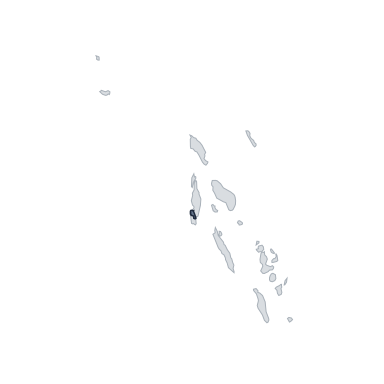 Fataleka, Malaita, Solomon Islands shown in context, rotated 208°
{"feature_id": "97153195B6337807626421", "entity_name": "Fataleka", "entity_type": "district", "adm_level": 2, "iso_a3": "SLB", "parent_name": "Solomon Islands", "parent_adm1": "Malaita", "projection": "natural_earth1", "projection_center": [160.885, -8.602], "detail": "fine", "context": "in_parent", "style": "filled", "palette": "slate", "viewbox_px": 384, "rotation_deg": 208, "n_neighbors": 0, "source": "geoboundaries", "source_scale": "gbopen_adm2", "svg_char_len": 4715}
<svg xmlns="http://www.w3.org/2000/svg" viewBox="0 0 384 384"><g transform="rotate(208 192 192)"><path d="M151.2,193.6L157.1,198.5L159.6,198.1L167.2,198.2L171.7,201.7L174.4,203.3L175.9,206.5L177.7,207.2L178.8,208.8L179.5,211.7L176.7,213.3L175.0,213.7L170.6,212.7L166.3,210.4L157.9,210.2L154.0,209.5L152.6,208.7L151.4,207.5L149.4,204.8L147.9,201.6L147.6,199.7L147.5,196.1L147.9,194.8L149.5,193.5L151.2,193.6ZM177.7,164.1L184.2,173.3L184.0,174.9L183.1,175.9L182.8,179.0L183.6,180.2L185.4,180.7L188.5,184.0L189.8,189.3L191.1,191.1L191.1,194.9L194.0,200.3L194.3,202.8L194.0,204.0L192.8,203.3L189.3,197.3L185.4,194.7L184.9,193.5L180.9,190.0L178.3,184.1L175.4,173.5L176.7,171.0L173.4,165.9L173.6,164.5L175.9,164.8L176.4,164.2L177.7,164.1ZM153.8,168.7L154.7,171.6L151.1,169.0L148.4,165.9L140.7,162.5L139.1,160.7L137.7,160.5L133.7,157.6L129.9,155.7L126.9,152.2L125.5,151.6L123.0,148.9L120.7,147.1L119.8,143.7L117.5,141.5L117.0,140.5L124.3,142.3L127.7,145.9L130.6,148.0L131.6,149.5L134.2,151.5L136.6,151.7L138.9,153.7L141.1,154.3L142.8,155.3L153.7,164.5L152.4,166.9L153.8,168.7ZM203.2,227.8L206.5,229.7L208.4,229.4L211.3,230.6L213.5,229.9L214.8,231.5L218.3,237.8L218.3,239.8L220.5,241.3L218.6,241.5L216.0,240.8L213.9,241.3L211.8,240.1L208.2,239.4L205.1,238.0L198.5,233.4L198.5,231.0L197.5,229.9L197.1,227.1L194.8,226.1L192.0,226.0L191.8,224.6L192.3,222.2L194.4,222.3L196.8,223.3L203.2,227.8ZM91.3,133.9L92.1,135.0L90.1,136.8L87.4,135.8L86.7,134.2L84.8,134.6L81.1,133.7L75.8,129.3L70.3,121.0L65.0,116.4L64.0,115.0L63.8,112.6L64.5,111.7L67.8,112.7L72.1,116.5L79.1,120.4L81.1,122.4L82.3,127.2L83.5,128.7L87.3,132.3L91.3,133.9ZM98.6,161.9L100.3,164.4L102.2,170.0L101.9,171.9L100.5,172.1L100.1,173.3L98.3,170.6L95.8,169.8L94.0,168.1L93.2,162.8L91.8,162.4L87.7,162.9L86.4,164.7L84.6,164.1L84.2,162.5L84.5,161.0L86.9,159.4L87.4,157.4L89.9,154.0L91.4,153.4L94.3,154.6L94.6,159.5L95.7,161.1L98.6,161.9ZM173.1,271.2L171.3,272.3L169.6,271.8L168.3,271.0L167.3,268.6L165.0,267.1L161.8,266.5L160.2,265.0L158.0,264.5L157.3,263.2L157.5,261.9L157.9,261.2L159.9,261.9L169.7,268.1L173.1,271.2ZM70.2,152.1L69.6,152.5L68.8,150.9L68.1,150.3L68.1,148.5L65.5,145.5L65.2,143.4L66.8,141.4L68.9,142.6L70.9,145.1L73.3,145.9L72.9,147.6L70.7,150.7L70.2,152.1ZM83.5,157.0L82.4,158.2L79.5,158.1L77.3,154.9L77.3,152.6L79.0,150.4L81.1,150.0L82.3,150.8L83.3,152.7L83.7,154.9L83.5,157.0ZM107.8,175.5L105.2,177.9L103.3,177.1L101.7,175.0L102.5,171.8L104.0,171.2L104.9,170.1L107.7,171.0L108.4,171.6L106.7,173.1L107.7,174.3L107.8,175.5ZM319.8,239.2L315.4,239.9L313.7,242.1L311.5,241.9L310.8,240.1L310.8,239.2L312.0,239.3L312.6,237.6L313.9,236.7L316.9,236.3L320.6,237.3L319.7,238.9L319.8,239.2ZM198.8,204.4L198.9,208.9L196.9,206.4L196.0,207.3L195.1,206.1L195.3,201.0L193.9,196.1L195.0,196.5L198.8,204.4ZM88.8,176.4L88.8,176.8L87.3,176.0L84.1,171.8L84.6,170.4L87.6,167.7L88.5,167.4L89.3,169.1L88.6,171.5L87.6,172.1L87.3,174.5L88.8,176.4ZM162.3,185.1L164.5,185.4L168.6,189.5L167.7,190.8L165.8,190.1L165.1,190.4L164.5,189.0L162.5,187.8L160.6,187.7L160.4,186.2L162.3,185.1ZM136.4,189.0L133.3,188.6L132.4,187.5L133.4,186.0L134.8,185.0L136.0,185.9L137.4,186.1L137.6,188.1L136.4,189.0ZM47.6,126.7L45.0,127.4L43.3,126.5L44.1,124.1L44.9,122.9L48.3,125.1L47.6,126.7ZM149.6,170.1L148.3,170.5L146.4,169.4L145.6,168.3L146.0,166.7L147.1,166.1L148.3,167.2L148.5,168.3L149.6,170.1ZM340.7,267.2L338.3,267.6L337.4,267.5L335.9,264.9L337.0,264.3L338.7,264.5L339.2,266.1L340.7,267.2ZM95.6,177.8L95.5,178.9L94.0,178.5L90.6,176.9L90.5,176.2L92.4,175.9L93.8,176.1L95.6,177.8ZM68.2,157.4L67.6,160.5L66.2,156.7L66.5,153.6L67.0,153.2L68.2,157.4ZM111.6,179.0L109.7,179.8L109.0,178.6L110.5,175.3L111.6,179.0Z" fill="#d9dde1" stroke="#a8b0b8" stroke-width="1"/><path d="M176.3,170.2L176.3,170.3L176.4,170.5L176.5,170.4L176.5,170.5L176.6,170.8L176.7,171.0L176.8,171.2L176.8,171.3L177.0,171.5L177.2,171.8L177.3,172.0L177.5,172.0L178.9,173.3L179.8,174.1L181.9,175.9L181.9,176.0L182.0,175.9L182.3,175.9L182.5,176.0L182.6,175.9L182.7,176.0L182.8,176.3L182.8,176.1L182.9,175.9L183.0,175.9L183.3,175.9L183.5,175.7L183.8,175.6L184.0,175.5L184.0,175.4L184.2,175.2L184.3,175.1L184.4,174.9L184.4,174.7L184.3,174.4L184.3,174.2L184.2,174.0L184.1,173.9L184.0,173.7L183.9,173.6L183.8,173.4L183.7,173.4L183.7,173.2L183.5,172.9L183.4,172.8L183.4,172.7L183.3,172.4L183.2,172.4L183.1,172.2L182.9,172.0L182.8,171.9L182.7,171.8L182.7,171.7L182.4,171.7L182.2,171.5L182.2,171.4L182.2,171.5L182.0,171.4L181.9,171.3L181.9,171.2L182.0,171.2L181.9,171.1L181.7,171.2L181.4,171.1L181.3,171.3L181.2,171.3L181.1,171.2L179.4,171.5L178.1,169.6L177.7,169.6L177.3,169.6L177.2,169.7L177.0,169.8L176.9,169.8L176.7,170.0L176.8,170.0L176.7,170.0L176.4,170.0L176.3,170.2Z" fill="#64748b" stroke="#1e293b" stroke-width="1.5"/></g></svg>